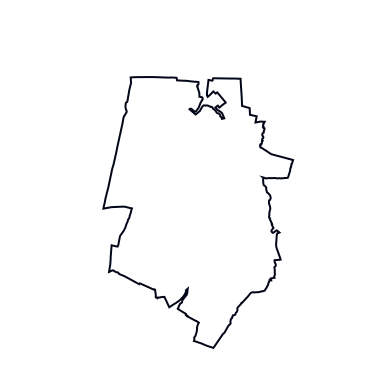 Focuri, Iasi, Romania, rotated 44°
{"feature_id": "2599482B56275033874011", "entity_name": "Focuri", "entity_type": "district", "adm_level": 2, "iso_a3": "ROU", "parent_name": "Romania", "parent_adm1": "Iasi", "projection": "natural_earth1", "projection_center": [27.203, 47.342], "detail": "fine", "context": "isolated", "style": "outline", "palette": "ink", "viewbox_px": 384, "rotation_deg": 44, "n_neighbors": 0, "source": "geoboundaries", "source_scale": "gbopen_adm2", "svg_char_len": 6015}
<svg xmlns="http://www.w3.org/2000/svg" viewBox="0 0 384 384"><g transform="rotate(44 192 192)"><path d="M242.5,98.8L222.8,109.7L211.4,111.9L210.3,112.4L209.7,111.8L209.4,111.9L209.0,111.5L208.8,111.5L208.7,111.2L208.5,110.9L208.1,110.3L208.1,110.1L208.7,109.8L208.8,109.7L208.4,109.2L208.5,108.6L207.1,106.9L207.3,106.0L207.1,105.8L206.4,105.8L205.7,105.2L205.5,104.7L205.7,104.0L205.6,103.5L205.4,103.1L204.6,102.6L204.0,102.7L202.7,102.1L202.0,100.6L202.3,99.9L202.2,99.1L201.4,98.5L201.2,98.2L201.1,97.4L200.0,95.9L199.2,96.3L198.6,95.5L197.8,95.9L196.7,94.4L196.2,93.9L196.4,93.7L196.0,92.8L195.5,91.0L192.2,93.9L189.4,97.9L185.9,92.6L180.1,96.2L175.2,91.6L168.2,95.3L162.7,90.0L151.9,80.2L148.3,76.8L143.5,81.1L140.4,84.1L128.5,95.2L128.3,95.5L128.3,95.9L129.3,97.4L129.2,97.9L126.0,99.9L133.1,109.3L135.0,111.5L135.7,112.1L137.2,112.6L137.5,109.4L137.5,104.9L140.6,104.8L141.0,102.8L154.1,104.2L154.2,104.3L154.2,104.6L153.8,106.1L153.3,109.3L153.2,111.4L153.1,112.2L150.6,111.9L150.1,114.9L153.9,115.2L156.6,114.5L158.1,114.4L159.2,114.5L160.9,115.2L164.0,116.6L162.7,118.6L161.7,117.9L161.2,117.7L160.3,118.0L159.9,118.0L159.7,117.7L158.6,117.0L157.4,116.9L156.7,117.0L155.6,117.5L155.4,117.7L154.9,117.8L151.8,117.1L150.8,117.1L149.9,117.5L148.0,117.0L147.3,117.1L146.9,117.1L146.6,117.5L146.4,117.8L146.1,117.7L145.1,118.3L144.1,118.5L143.8,118.6L142.5,119.4L141.8,120.4L140.9,120.9L140.4,121.3L140.2,122.1L140.1,122.9L140.2,123.9L140.6,125.2L141.0,127.1L141.4,128.1L140.8,133.7L132.7,134.2L132.6,133.7L133.0,133.2L133.6,132.7L134.2,132.5L135.1,132.6L136.3,132.4L137.9,132.3L138.3,132.1L138.6,131.7L138.7,131.3L138.8,130.9L138.2,126.7L136.2,121.9L135.2,117.7L134.3,117.1L133.4,116.9L131.2,118.3L128.4,115.6L125.0,113.8L124.4,113.3L123.3,113.0L122.8,112.6L122.7,112.3L122.3,112.4L122.0,112.2L121.7,111.7L121.7,110.8L121.9,110.4L121.7,109.8L120.2,108.4L115.4,112.4L110.5,116.1L108.1,118.3L103.7,122.1L101.7,120.6L101.3,120.7L97.7,123.9L95.7,126.0L86.3,134.4L83.1,137.4L72.6,147.6L69.5,150.8L68.3,152.2L69.1,152.8L70.3,154.0L71.9,155.4L72.6,156.1L73.6,158.0L75.8,161.7L77.0,163.7L77.9,164.8L80.3,168.4L82.0,170.8L82.8,172.3L82.7,172.9L82.4,173.4L82.7,174.1L83.4,175.1L84.7,176.7L85.3,177.2L86.8,178.3L88.8,179.2L89.5,180.0L89.8,181.1L90.3,183.3L90.5,183.9L90.4,184.6L91.1,186.1L94.7,191.5L106.9,211.3L110.0,216.1L116.8,227.3L117.5,228.9L119.1,231.7L128.9,247.3L131.6,252.2L132.9,254.3L134.1,256.5L136.7,260.4L137.7,262.2L139.8,265.5L144.7,258.7L153.0,250.0L154.3,249.0L158.2,246.8L160.2,245.5L160.3,245.7L161.1,247.5L162.1,248.9L163.6,252.2L164.6,253.7L165.0,254.5L165.2,256.2L166.0,257.5L167.4,261.2L169.1,264.6L169.2,265.3L169.8,267.2L170.1,268.7L170.1,269.4L170.4,270.9L170.6,272.7L170.8,273.4L171.2,274.3L175.9,281.5L176.4,282.9L176.3,283.1L171.2,286.2L179.2,295.9L180.1,296.8L183.6,301.0L187.9,307.2L188.0,307.0L188.8,304.5L189.2,304.0L189.7,303.1L190.1,302.9L191.2,302.9L192.3,302.6L193.3,302.2L194.2,301.7L194.5,301.4L195.0,301.2L195.7,301.5L196.9,301.5L201.8,299.5L218.1,295.0L218.0,293.9L232.8,288.6L232.6,288.2L233.3,287.9L236.0,290.1L237.3,291.0L238.7,292.6L239.1,292.9L239.5,292.9L239.9,292.3L240.9,292.5L241.1,291.3L242.2,290.2L242.4,289.6L245.0,286.6L247.6,287.6L255.7,290.7L256.6,286.6L257.7,282.3L258.3,279.3L258.4,277.7L258.4,274.2L258.2,272.0L257.3,268.6L256.0,266.9L255.9,266.5L256.1,264.5L257.1,265.9L258.5,267.6L259.6,269.6L259.7,270.5L259.7,271.8L260.0,273.9L260.1,275.6L260.4,276.6L261.5,278.6L261.5,279.0L261.1,280.0L261.1,280.4L261.9,283.5L262.4,284.3L262.8,285.9L263.3,285.9L272.5,283.9L272.8,284.0L273.0,284.7L275.0,284.3L275.0,284.7L284.5,282.0L284.7,281.8L287.7,281.2L288.1,282.8L289.1,284.9L290.1,286.5L291.0,287.2L292.9,290.0L294.4,293.2L294.6,293.9L294.6,294.8L294.7,295.2L295.1,295.6L295.6,295.9L296.8,297.4L296.9,297.8L304.2,294.3L308.8,292.6L315.7,289.3L315.0,284.9L312.9,272.6L312.9,272.0L313.1,271.4L313.1,270.6L311.1,262.9L311.2,260.2L310.8,259.4L309.7,258.6L309.2,257.8L308.5,256.9L308.2,256.0L308.4,255.3L308.4,254.8L307.6,253.7L307.6,253.1L307.5,252.8L307.1,252.3L307.2,252.1L308.1,251.0L308.3,250.4L308.0,249.5L307.6,248.8L307.5,248.3L307.5,247.1L306.8,245.4L305.8,244.6L305.4,244.1L305.1,243.1L305.0,238.3L305.0,237.7L304.8,237.7L304.6,237.5L305.0,236.8L304.9,234.6L304.8,228.4L304.6,226.4L304.4,223.7L305.4,221.7L305.7,221.5L306.6,221.1L307.8,219.4L309.0,218.4L310.5,216.2L310.8,215.5L312.0,214.1L312.8,212.3L312.3,210.6L312.2,209.1L312.1,208.7L311.6,207.7L311.6,207.3L311.4,206.7L311.4,206.3L310.9,205.3L310.4,204.7L309.9,203.3L309.6,203.1L309.7,202.5L309.5,201.9L309.0,201.5L308.8,201.2L310.3,200.5L308.8,199.3L310.9,196.4L310.1,196.1L309.8,195.7L309.5,194.9L309.1,193.9L304.9,189.9L303.5,188.9L303.6,187.3L303.2,186.5L302.7,186.0L302.2,185.7L301.2,185.5L299.9,184.8L299.1,184.1L298.8,183.6L299.0,183.5L300.5,181.8L302.7,179.1L299.7,177.4L298.9,177.1L296.6,175.9L295.4,175.3L292.2,173.8L289.8,172.2L287.7,169.9L287.2,169.2L283.0,164.2L282.2,163.0L282.1,162.7L283.1,160.4L282.4,160.4L281.9,160.7L281.6,160.8L281.1,160.6L280.4,160.5L279.4,161.0L279.1,163.1L279.0,163.8L278.8,164.9L278.7,165.1L277.7,165.3L276.7,165.2L276.2,164.8L275.8,164.0L275.6,161.3L273.9,160.8L271.9,159.9L272.1,159.6L271.2,159.0L269.7,158.6L268.6,158.0L267.2,157.7L266.5,157.1L266.4,156.8L266.0,156.9L265.3,156.8L264.8,156.5L263.9,155.2L263.8,154.9L262.9,154.2L262.8,153.9L262.2,153.4L261.6,152.5L260.3,150.2L259.5,149.2L257.2,147.7L256.1,147.2L254.3,145.8L253.3,144.5L253.4,144.1L253.6,143.8L253.5,143.2L253.1,142.1L252.4,141.4L251.4,140.7L250.3,140.1L247.5,139.9L246.7,140.2L246.4,140.2L244.0,138.9L243.4,138.5L242.5,137.3L242.3,137.2L241.0,137.0L239.1,137.2L238.7,137.1L237.3,136.3L236.4,135.3L235.0,134.2L233.7,132.7L233.3,132.3L232.8,132.3L234.6,131.3L235.7,131.0L237.5,128.7L240.3,126.1L241.5,124.7L242.3,124.0L243.3,123.5L244.1,122.6L247.3,119.6L249.3,117.2L250.6,115.9L250.9,115.3L251.0,115.1L250.7,114.3L247.8,108.5L246.3,106.8L246.1,105.6L245.3,104.7L245.3,104.3L245.0,103.7L244.1,102.9L244.1,102.1L243.9,101.5L242.5,98.8Z" fill="none" stroke="#020617" stroke-width="2"/></g></svg>